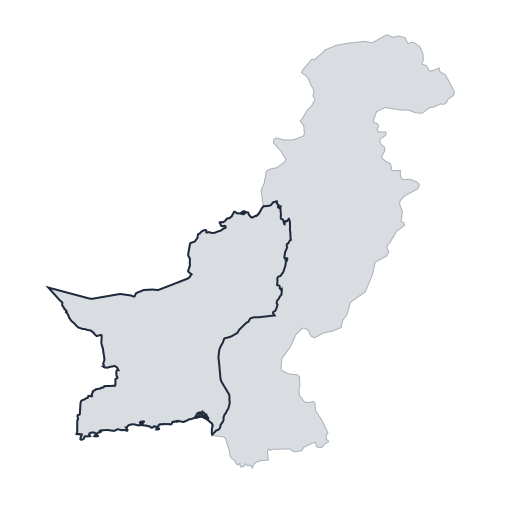 location of Baluchistan within Pakistan, rotated 356°
{"feature_id": "PAK-1108", "entity_name": "Baluchistan", "entity_type": "Province", "adm_level": 1, "iso_a3": "PAK", "parent_name": "Pakistan", "parent_adm1": "", "projection": "natural_earth1", "projection_center": [66.028, 28.477], "detail": "fine", "context": "in_parent", "style": "outline", "palette": "slate", "viewbox_px": 512, "rotation_deg": 356, "n_neighbors": 0, "source": "natural_earth", "source_scale": "10m", "svg_char_len": 9633}
<svg xmlns="http://www.w3.org/2000/svg" viewBox="0 0 512 512"><g transform="rotate(356 256 256)"><path d="M457.6,88.4L465.4,105.9L464.3,109.7L458.8,112.6L456.7,116.2L454.1,117.8L450.5,117.2L443.3,120.0L439.9,119.9L431.5,125.2L424.9,124.2L418.0,120.9L411.9,120.7L395.0,116.9L386.4,120.4L382.3,129.2L382.8,130.9L385.7,132.1L387.0,133.7L387.2,135.1L385.4,138.8L386.6,140.6L394.3,141.5L394.4,142.9L393.5,144.8L388.1,147.9L387.5,150.1L388.3,152.9L392.1,156.9L391.4,160.8L388.3,165.3L388.6,167.0L391.8,170.6L396.5,173.3L397.3,177.4L396.7,179.0L398.0,180.4L406.0,180.7L405.6,185.5L406.7,189.1L409.5,190.2L414.6,190.1L421.1,193.0L423.7,195.9L423.5,198.0L421.8,200.3L408.6,206.4L403.9,210.6L402.8,213.9L405.1,221.8L403.3,230.7L404.0,232.4L405.8,233.0L406.4,235.5L400.0,240.0L398.9,240.0L390.5,251.9L387.7,254.6L387.3,257.2L388.7,261.4L385.6,265.5L374.5,270.5L370.8,282.7L362.5,299.4L347.9,308.2L346.6,309.9L342.5,321.1L337.8,326.4L335.9,333.3L327.3,336.2L317.9,337.4L309.8,341.2L307.7,341.3L304.9,339.4L303.2,334.1L299.5,331.4L297.3,331.3L290.5,336.9L284.1,348.8L274.7,360.0L273.0,370.1L274.0,372.1L280.1,375.8L288.6,377.3L291.0,379.6L290.7,388.9L289.3,393.4L289.9,398.6L294.3,405.1L299.2,405.9L302.4,405.1L304.5,406.3L304.6,414.1L310.7,425.5L315.4,437.5L313.5,439.7L313.3,441.2L313.5,443.8L315.4,445.7L315.4,446.6L311.2,448.4L309.1,451.0L306.7,451.8L303.1,450.5L302.2,446.0L300.6,446.2L290.3,450.2L288.3,453.3L282.5,454.1L280.2,453.9L276.0,450.7L258.5,450.0L256.6,451.0L255.3,449.4L253.9,450.9L253.9,460.5L247.6,460.4L242.1,461.6L239.0,463.9L237.7,467.2L235.6,464.2L233.3,464.8L230.9,462.4L229.8,464.8L225.8,465.4L225.2,461.9L223.0,463.1L221.4,461.3L220.7,458.8L217.7,456.4L216.2,453.8L215.7,447.7L212.5,435.3L210.7,434.2L200.1,432.0L199.6,429.8L200.0,420.3L196.6,415.5L195.6,412.1L192.8,409.2L190.0,408.4L187.3,408.8L184.9,411.9L190.9,411.4L193.8,413.4L187.7,412.8L178.4,414.2L173.0,416.2L165.7,415.6L156.6,417.6L149.1,417.8L145.9,421.7L142.9,420.0L132.5,416.9L130.1,414.7L126.8,416.6L121.1,415.3L116.8,416.3L115.1,418.1L115.0,420.8L106.5,419.4L102.4,420.4L93.1,419.1L90.7,419.4L83.8,423.3L80.8,420.4L77.8,422.6L73.0,423.4L68.7,423.1L64.0,421.6L65.3,418.4L66.7,403.6L69.2,400.7L70.7,390.5L71.6,388.5L78.1,385.6L79.1,384.0L82.1,384.4L84.1,380.1L87.5,377.9L96.6,375.2L106.4,375.1L107.2,369.1L108.9,367.8L108.8,361.4L110.4,360.0L110.3,359.1L109.2,357.3L106.8,355.9L100.2,357.0L96.2,356.0L96.2,352.6L97.5,348.1L95.7,332.0L96.3,324.3L91.2,324.6L85.7,318.9L73.6,314.7L66.6,306.9L59.3,291.8L58.8,288.4L46.6,272.9L89.2,287.3L117.8,284.4L131.7,287.8L133.6,285.6L139.4,282.9L157.8,282.5L187.5,272.7L189.7,269.4L187.9,267.1L187.7,265.0L189.5,258.2L189.0,249.1L190.5,242.9L191.8,239.4L197.0,236.0L200.5,230.4L203.1,228.2L205.5,226.9L208.2,227.1L210.5,228.9L215.0,229.7L219.3,229.2L226.7,225.7L226.6,224.6L223.1,222.2L222.5,220.5L223.8,219.5L226.7,219.2L233.9,215.0L237.7,211.1L245.0,212.6L249.0,211.1L253.8,216.1L256.1,216.4L261.6,213.1L266.7,206.8L265.6,191.0L269.7,183.1L269.7,180.5L270.9,178.3L272.1,172.4L273.8,171.0L277.3,170.0L282.9,169.4L291.7,163.8L292.3,161.3L288.3,153.3L281.3,144.5L281.8,141.0L284.5,139.6L293.1,142.4L301.6,142.7L311.8,139.6L312.8,137.4L312.8,129.5L309.4,124.4L311.9,122.2L317.6,113.6L321.7,110.5L325.9,103.6L323.9,100.3L325.2,96.5L324.4,92.1L323.1,90.5L320.6,83.0L318.4,79.6L314.3,76.4L315.4,73.8L325.2,63.8L329.1,64.0L330.3,62.3L337.2,57.6L338.7,55.5L350.6,51.4L363.1,50.1L379.8,49.5L386.7,51.5L400.9,44.8L403.2,44.8L408.3,47.5L412.5,46.4L414.8,46.8L420.0,48.7L422.2,54.3L423.1,54.7L426.0,53.6L428.4,54.2L434.1,58.6L436.6,65.6L436.6,72.3L435.1,74.9L435.3,76.1L439.4,78.2L441.6,83.1L444.2,83.7L451.8,81.3L452.3,84.9L457.6,88.4Z" fill="#d9dde1" stroke="#a8b0b8" stroke-width="1"/><path d="M258.9,216.2L260.5,215.2L262.1,213.6L265.3,208.6L267.3,206.7L268.5,207.0L273.4,206.7L274.7,206.1L276.6,203.8L280.0,202.9L280.7,203.0L280.8,203.5L280.4,204.6L280.4,205.0L282.0,206.6L281.3,208.2L281.4,208.9L281.9,209.5L282.4,209.6L282.9,209.2L283.5,208.1L284.0,208.1L283.6,211.2L283.8,215.6L283.3,220.2L283.7,220.8L285.3,221.4L285.7,222.2L286.3,226.1L286.7,226.3L286.8,225.1L287.6,223.4L288.2,223.7L288.6,223.3L289.4,223.4L291.3,221.2L291.6,221.5L291.8,223.1L292.3,224.3L292.0,226.4L292.1,228.5L291.6,232.5L291.9,234.3L291.7,240.6L292.0,242.3L291.0,242.7L288.9,245.8L287.9,246.0L287.5,246.7L287.3,248.3L287.7,249.1L287.7,249.6L285.4,254.0L284.1,259.2L284.2,259.6L284.8,260.0L285.0,261.4L286.1,260.4L287.0,260.5L287.1,261.1L286.3,263.1L285.3,264.3L284.7,267.5L282.1,273.9L281.6,274.7L280.5,275.6L279.6,277.2L279.0,277.7L277.4,278.0L276.5,278.4L275.7,279.7L275.7,282.1L275.0,286.4L275.3,286.7L276.5,286.9L277.3,287.4L277.5,287.8L277.5,290.0L278.2,291.0L279.1,290.4L279.4,290.3L279.5,291.3L278.7,296.1L278.4,296.8L277.0,298.0L275.7,300.3L273.9,302.1L273.7,302.6L273.3,304.6L274.1,305.8L272.6,310.0L271.3,312.1L269.3,313.1L269.0,313.7L269.0,314.3L270.4,316.6L254.4,317.3L249.9,317.0L246.3,317.7L245.5,318.4L244.0,320.9L241.4,322.2L234.0,328.5L232.1,331.4L225.8,334.5L222.3,335.4L219.4,335.8L218.4,336.4L216.8,340.2L215.0,342.8L213.2,346.2L212.7,347.6L211.4,354.8L211.7,359.0L212.0,374.9L212.1,376.5L212.6,378.6L219.5,392.2L219.8,394.2L219.4,397.0L219.6,400.1L219.1,402.2L217.8,406.1L215.7,409.1L214.9,410.7L213.8,411.6L212.3,414.7L212.4,416.5L211.6,418.7L208.8,422.1L208.5,424.1L207.1,426.2L206.0,426.8L204.3,427.2L200.1,431.0L200.1,430.8L199.5,430.4L200.0,424.8L201.0,422.5L201.0,421.8L200.5,420.2L196.0,415.9L196.1,415.3L196.8,415.5L197.1,414.8L197.0,414.0L196.0,413.0L195.5,411.1L195.0,411.4L194.9,410.9L194.5,411.1L194.1,410.1L193.0,408.5L191.7,408.7L191.3,408.3L191.4,407.6L190.4,408.2L189.5,408.3L188.3,408.1L187.8,408.5L186.9,408.7L185.9,409.5L185.1,411.2L184.4,411.8L184.0,412.4L187.1,411.9L187.9,411.1L188.3,410.8L188.3,410.3L190.4,409.9L190.8,410.5L191.8,410.9L192.7,412.2L193.5,411.8L194.1,411.9L194.5,412.2L193.6,413.1L194.6,413.9L195.0,414.4L194.7,414.9L191.0,412.7L189.7,412.4L188.8,412.7L188.1,412.5L185.7,413.3L183.3,413.3L179.5,414.2L177.7,414.3L175.3,415.5L174.2,415.7L172.3,416.6L167.4,415.3L165.6,415.9L165.1,415.7L165.5,415.1L163.9,415.3L162.7,415.9L161.9,415.4L161.1,415.8L160.0,417.7L159.1,418.1L156.5,417.5L154.5,417.5L152.9,417.1L152.1,417.1L151.3,417.5L149.9,417.1L148.2,417.2L146.9,418.1L146.2,419.4L146.0,420.3L146.2,421.0L147.3,421.5L147.3,421.8L145.8,422.3L144.4,422.0L145.1,420.8L145.1,420.3L144.7,419.5L143.5,418.9L142.2,418.8L141.5,419.7L140.1,420.1L139.5,419.9L138.0,418.5L135.5,418.0L135.0,417.5L133.4,417.4L131.0,416.9L131.3,415.3L130.7,414.7L130.7,414.0L131.3,413.8L132.2,413.9L132.5,413.8L132.6,413.3L131.9,413.1L130.0,413.5L129.7,413.2L127.9,414.4L128.4,414.2L128.8,414.9L129.4,414.3L129.8,414.3L130.6,415.9L130.1,416.6L128.2,416.8L127.7,416.6L127.0,416.9L123.3,415.6L121.6,415.3L119.8,415.3L117.2,415.9L116.2,416.6L115.1,418.3L114.9,418.5L114.4,418.3L114.8,419.3L115.7,420.5L115.5,421.2L115.2,421.4L112.9,420.5L112.0,420.3L110.1,420.5L106.7,419.3L105.8,419.2L102.7,420.5L100.5,420.3L95.9,419.2L89.5,419.1L88.1,419.3L87.8,420.0L87.9,420.4L88.5,420.7L87.9,421.0L87.3,420.7L86.5,421.0L85.2,421.8L84.6,422.6L84.5,423.6L84.8,424.0L85.7,424.3L85.6,424.8L83.1,424.7L82.2,424.4L83.2,423.6L83.8,423.4L83.9,423.0L83.4,421.7L82.2,420.8L79.3,420.6L77.6,421.3L77.0,422.4L77.4,422.8L77.5,423.5L78.0,424.1L77.5,424.3L73.6,424.1L72.3,424.3L71.4,426.3L69.9,427.0L68.9,427.1L68.3,426.9L68.0,426.4L68.5,425.3L68.3,424.9L69.1,423.9L69.3,422.9L69.7,422.0L69.7,421.6L69.3,421.6L68.8,422.0L67.4,421.2L64.6,421.1L65.4,418.5L66.2,408.0L66.4,407.3L67.0,406.6L67.1,405.5L66.7,403.1L67.2,402.2L68.8,402.0L69.2,401.5L70.7,390.4L71.4,388.6L72.0,388.0L75.2,387.0L76.6,386.1L78.3,385.7L79.1,383.8L82.2,384.6L82.8,384.2L82.4,382.5L83.7,380.7L83.6,379.8L85.2,378.7L86.3,378.6L86.9,377.8L91.6,377.3L92.8,376.5L93.6,376.7L94.4,376.5L95.0,376.2L95.5,375.3L95.8,375.2L104.1,375.6L104.9,375.4L106.0,375.8L106.6,375.2L106.9,373.9L107.1,369.3L107.3,368.8L108.8,368.4L109.2,368.0L109.3,367.4L108.5,365.8L108.5,361.8L109.3,360.2L109.8,360.0L110.8,360.2L109.5,357.4L107.1,355.7L105.4,356.2L103.9,356.2L99.6,357.1L97.9,356.5L97.2,356.7L95.6,355.4L96.3,355.2L96.6,354.4L96.5,353.5L96.0,352.8L97.4,349.5L97.6,348.2L96.8,337.5L95.6,332.3L96.5,325.4L96.4,324.2L95.8,323.9L91.5,324.8L89.3,322.5L88.6,321.0L87.4,320.4L86.7,319.2L85.9,318.8L82.5,318.0L80.3,317.0L77.7,316.6L73.6,314.8L71.2,312.2L70.1,310.6L67.4,308.0L66.7,307.0L65.9,305.3L65.2,304.4L64.8,302.7L63.8,300.0L62.6,298.9L63.2,298.3L63.2,297.7L62.5,297.3L61.9,295.8L60.9,295.2L60.6,293.7L59.4,292.2L59.2,291.5L59.6,289.2L59.3,288.4L57.8,287.3L46.6,273.0L86.5,286.7L89.2,287.3L117.8,284.4L128.4,286.6L131.3,288.0L132.1,287.7L133.6,284.9L134.5,284.4L141.6,282.1L150.6,282.2L154.9,283.0L156.2,283.1L186.6,273.7L188.7,272.1L189.9,270.1L190.4,269.8L187.4,267.0L187.2,266.6L187.7,264.9L189.3,261.3L189.5,260.7L189.4,258.7L189.9,254.5L189.7,253.2L188.8,252.0L188.4,250.7L188.5,249.3L191.0,239.1L191.7,238.4L195.8,237.4L198.8,234.0L199.6,230.4L200.3,229.9L201.3,229.8L203.3,227.8L206.0,226.6L207.6,226.6L208.0,226.8L208.1,227.2L208.2,227.9L207.9,228.6L208.1,229.0L209.6,229.2L211.1,228.9L213.1,229.9L216.5,230.0L218.8,229.1L222.7,228.2L225.6,226.3L227.4,226.0L227.7,225.4L227.6,224.1L226.6,223.7L224.5,224.0L223.4,223.5L223.0,223.1L222.9,221.8L222.0,220.3L222.3,219.8L225.6,220.0L227.8,218.7L229.4,216.8L230.1,216.4L231.3,216.5L232.6,216.3L233.3,215.5L234.7,214.7L235.1,213.5L235.9,212.7L237.1,210.4L237.6,210.3L238.8,210.9L240.1,212.2L242.7,212.4L246.4,213.5L247.8,212.6L247.5,212.4L244.9,212.2L244.5,212.0L244.4,211.7L246.0,210.7L247.2,210.4L249.6,211.7L251.4,212.2L251.8,214.3L253.7,216.9L254.4,217.4L255.4,217.3L258.0,216.1L258.9,216.2Z" fill="none" stroke="#1e293b" stroke-width="2"/></g></svg>